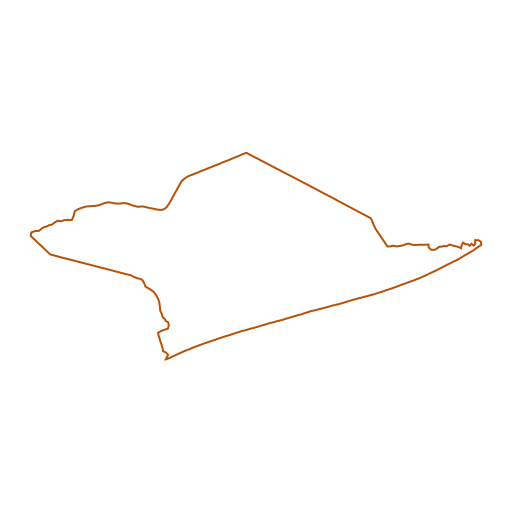 outline of Quissamã, Rio de Janeiro, Brazil
{"feature_id": "56859067B88241347773120", "entity_name": "Quissamã", "entity_type": "district", "adm_level": 2, "iso_a3": "BRA", "parent_name": "Brazil", "parent_adm1": "Rio de Janeiro", "projection": "mercator", "projection_center": [-41.42, -22.11], "detail": "fine", "context": "isolated", "style": "outline", "palette": "amber", "viewbox_px": 512, "rotation_deg": 0, "n_neighbors": 0, "source": "geoboundaries", "source_scale": "gbopen_adm2", "svg_char_len": 3384}
<svg xmlns="http://www.w3.org/2000/svg" viewBox="0 0 512 512"><path d="M165.9,359.2L169.2,358.2L172.7,356.4L175.1,355.4L177.3,354.3L180.3,353.0L183.1,351.7L185.2,350.8L187.5,349.9L190.4,348.8L193.5,347.4L196.7,346.2L199.0,345.3L201.2,344.6L203.7,343.6L205.8,342.9L207.9,342.2L210.2,341.4L214.2,340.1L217.6,338.9L219.8,338.2L222.6,337.2L225.1,336.4L227.5,335.6L230.2,334.9L233.6,333.7L236.7,332.6L238.9,332.1L241.0,331.3L243.1,330.8L245.4,330.2L247.6,329.6L249.8,328.9L252.2,328.3L254.7,327.6L257.6,326.8L261.1,325.7L264.1,324.9L267.4,323.8L270.6,322.9L273.2,322.3L276.6,321.3L280.0,320.5L282.6,319.8L286.1,318.7L290.1,317.5L293.1,316.6L295.7,315.8L298.7,315.0L301.1,314.3L303.4,313.6L306.3,312.7L308.9,311.8L311.3,311.0L314.1,310.5L316.7,309.8L318.9,309.2L322.2,308.4L326.1,307.4L329.0,306.6L331.9,305.7L335.0,305.0L338.8,304.1L341.5,303.3L344.2,302.5L346.8,301.7L349.1,301.0L352.6,299.9L356.2,299.0L358.9,298.2L361.0,297.8L363.6,297.0L365.8,296.5L368.9,295.6L372.2,294.8L375.4,293.8L378.4,292.8L381.1,292.0L383.9,291.1L386.3,290.2L389.2,289.3L393.2,287.9L396.8,286.6L400.7,285.1L403.7,284.0L405.8,283.3L408.2,282.4L411.1,281.3L413.7,280.4L416.7,279.2L420.1,277.9L422.9,276.6L426.0,275.2L429.6,273.5L433.2,271.8L435.7,270.7L438.7,269.1L441.6,267.6L443.9,266.4L446.1,265.4L448.2,264.2L450.4,263.2L452.9,261.9L455.7,260.6L458.5,259.1L461.9,257.1L465.3,255.0L467.9,253.6L470.7,251.9L473.1,250.6L475.1,249.0L477.8,247.2L481.3,244.9L480.9,241.7L478.1,240.1L475.1,240.2L475.3,243.5L473.7,245.6L471.4,243.8L469.7,245.8L468.0,244.3L465.4,244.2L463.1,242.6L461.5,245.6L461.1,248.2L457.2,246.6L452.8,245.6L449.6,244.5L446.9,246.2L443.7,246.0L441.3,246.7L439.0,246.8L436.8,248.6L434.3,249.9L431.0,249.7L428.7,247.4L428.4,244.5L426.0,244.7L423.4,244.8L419.7,244.7L416.3,245.1L412.3,244.8L408.9,243.6L406.4,243.9L403.6,245.2L399.7,246.0L396.8,246.4L393.0,245.7L390.1,246.4L387.4,246.4L375.7,229.1L374.6,226.8L373.2,223.6L372.0,220.8L370.9,218.3L345.8,205.0L315.7,189.0L246.3,152.8L242.3,154.3L239.7,155.5L237.5,156.4L234.1,157.8L231.9,158.7L229.8,159.6L226.9,160.8L223.4,162.1L219.6,163.7L215.8,165.2L211.7,166.9L209.3,167.8L206.5,169.0L204.1,169.9L200.3,171.4L198.1,172.4L195.7,173.3L193.4,174.2L191.1,175.1L187.8,176.4L183.3,179.5L181.2,181.9L177.9,187.7L175.6,191.9L174.3,194.2L170.9,200.5L169.3,203.4L166.4,207.4L163.7,209.4L160.5,210.0L156.5,209.4L153.3,208.7L150.1,208.1L147.0,207.4L143.3,206.5L140.5,206.5L138.0,206.8L134.8,206.1L131.8,205.2L127.7,203.6L124.5,203.1L122.1,203.3L119.3,203.6L115.4,203.5L111.4,202.7L108.1,202.3L104.5,203.1L101.4,204.4L97.7,205.5L94.9,205.9L92.0,206.1L88.8,206.3L86.0,206.5L83.4,207.3L80.7,208.2L77.6,209.4L74.7,211.4L73.5,216.3L71.8,220.0L68.0,220.0L64.3,220.1L61.4,221.2L57.7,220.8L54.8,222.4L51.9,224.6L49.0,225.2L46.6,226.5L44.2,227.0L41.8,228.5L39.1,230.8L34.9,231.1L31.4,232.4L30.7,235.9L50.2,254.4L57.6,256.4L60.4,257.2L67.8,259.0L77.8,261.6L91.3,265.1L110.3,270.0L117.1,271.8L125.1,273.9L129.1,274.9L131.3,275.4L133.3,276.7L136.9,278.1L140.2,278.9L142.5,280.2L144.0,282.8L145.6,286.7L149.6,289.0L152.4,290.9L154.1,292.3L156.5,295.7L158.2,299.1L159.3,302.4L159.9,307.1L160.3,311.0L161.9,314.2L162.5,316.9L164.5,318.7L165.8,321.0L168.2,322.3L168.8,325.3L167.9,328.7L165.2,329.5L161.2,331.0L158.1,332.8L158.7,335.9L160.2,340.8L161.5,344.6L162.5,347.9L163.0,351.2L165.7,352.3L168.1,354.8L165.9,359.2Z" fill="none" stroke="#b45309" stroke-width="2"/></svg>